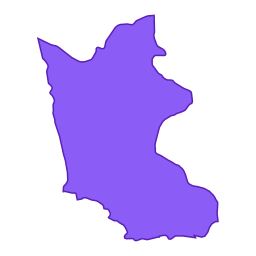 the Province of Krâchéh
{"feature_id": "KHM-1793", "entity_name": "Krâchéh", "entity_type": "Province", "adm_level": 1, "iso_a3": "KHM", "parent_name": "Cambodia", "parent_adm1": "", "projection": "orthographic", "projection_center": [106.195, 12.682], "detail": "fine", "context": "isolated", "style": "filled", "palette": "violet", "viewbox_px": 256, "rotation_deg": 0, "n_neighbors": 0, "source": "natural_earth", "source_scale": "10m", "svg_char_len": 3766}
<svg xmlns="http://www.w3.org/2000/svg" viewBox="0 0 256 256"><path d="M218.0,221.5L215.3,221.7L211.9,223.8L209.5,227.4L207.7,232.3L204.8,236.2L201.7,237.1L194.3,235.4L195.5,237.7L182.6,235.9L175.5,235.9L170.9,239.1L168.9,239.0L168.1,237.9L167.5,236.6L166.2,235.6L164.3,235.3L162.5,235.5L159.0,236.4L159.2,237.0L158.3,237.0L147.9,239.5L146.6,239.6L143.2,238.8L142.2,238.8L141.4,238.9L137.3,240.4L136.2,240.6L135.4,240.6L134.9,240.4L134.5,240.1L134.2,239.8L133.3,238.6L126.3,238.7L124.6,238.0L124.5,237.4L124.5,236.8L124.5,236.3L124.7,235.8L125.0,235.4L125.3,235.0L125.6,234.6L126.0,234.3L126.8,233.5L127.2,232.8L127.4,232.3L127.4,231.8L127.4,231.7L125.0,227.0L124.1,225.7L123.3,224.9L122.8,224.6L121.9,224.2L120.2,223.2L117.5,221.2L116.8,220.8L116.2,220.7L114.3,220.7L113.7,220.5L111.1,219.1L109.5,218.4L108.9,217.9L108.5,217.5L108.7,217.1L109.0,216.7L109.4,216.4L109.9,215.5L110.1,215.0L110.3,214.4L110.3,213.8L110.1,212.9L109.7,211.8L108.6,210.0L107.9,209.3L107.2,209.0L106.5,209.1L106.0,209.1L104.0,208.6L103.3,205.7L103.0,205.2L102.5,204.7L98.6,201.9L96.5,200.8L91.5,199.9L86.9,198.1L85.8,197.8L84.9,197.7L84.2,197.7L83.6,197.8L83.2,197.9L82.0,198.9L81.5,199.0L77.3,199.8L76.0,193.6L75.3,193.0L74.7,193.1L72.0,193.0L64.6,191.3L63.8,191.7L63.2,191.6L63.5,187.0L63.8,186.4L64.2,185.6L64.9,185.1L65.7,184.2L67.1,182.2L67.6,180.7L67.8,179.7L67.4,172.0L65.3,160.2L63.6,154.5L59.6,136.5L55.1,122.9L54.8,119.6L53.0,113.3L53.4,110.3L53.1,105.3L53.4,103.7L53.7,103.2L54.1,102.2L54.3,101.7L54.4,101.1L54.3,100.1L54.0,99.0L53.1,97.0L52.1,95.4L50.3,93.7L50.1,93.2L50.0,92.6L50.3,91.7L50.6,91.1L51.6,89.8L52.0,88.8L52.1,88.3L52.1,87.6L51.8,86.8L51.0,85.6L50.4,85.0L49.9,84.5L49.1,84.0L48.7,83.6L48.4,82.7L46.8,72.3L46.8,71.1L46.9,70.3L47.9,67.7L48.2,66.5L48.0,65.6L47.6,64.5L46.4,62.5L45.1,60.8L43.1,58.8L42.7,58.4L38.0,38.4L50.9,44.7L56.6,46.1L58.5,47.2L71.8,57.6L76.6,60.2L79.9,61.7L81.1,61.9L82.7,61.9L84.9,61.7L90.8,59.8L91.2,59.5L92.0,58.7L93.0,57.3L95.8,52.3L96.2,51.0L96.2,49.0L96.4,48.4L96.8,47.8L97.8,47.4L98.4,47.4L98.9,47.5L99.1,47.6L101.5,48.6L101.9,48.6L102.3,48.7L102.9,48.6L103.4,48.5L103.9,48.3L104.2,48.0L104.5,47.6L104.8,46.9L105.8,41.9L106.1,41.0L115.4,27.4L117.1,26.0L118.0,25.4L119.2,24.9L120.5,24.5L127.3,24.0L131.2,24.7L132.4,24.6L133.3,24.2L134.3,23.3L135.8,21.3L136.6,20.7L137.6,20.2L146.2,16.4L148.6,15.8L154.1,15.4L154.5,32.1L153.8,34.9L153.8,35.6L154.5,38.8L156.6,44.6L158.1,46.5L162.6,49.0L164.1,50.2L164.8,51.2L165.1,51.7L165.4,52.2L165.5,52.8L165.7,53.4L165.7,54.2L165.5,54.8L165.2,55.2L164.7,55.4L164.1,55.5L155.6,55.4L154.9,55.7L154.1,56.3L152.9,57.8L152.4,58.7L152.1,59.5L152.1,60.1L152.2,64.2L152.5,65.2L152.8,65.8L153.5,66.5L158.0,72.8L158.5,73.3L158.8,73.6L159.3,73.9L161.1,74.8L161.6,75.1L162.0,75.6L163.0,77.2L164.0,78.2L165.3,79.0L166.9,79.8L167.3,79.9L167.9,80.0L170.4,80.0L171.0,80.1L172.2,80.3L172.7,80.5L173.1,80.9L175.0,83.0L183.8,88.4L189.2,90.6L190.3,91.3L190.9,91.8L191.2,92.3L191.5,93.4L191.7,95.2L192.4,100.9L192.1,102.8L191.8,103.1L191.4,103.5L191.0,103.7L190.0,104.1L189.2,104.8L188.2,105.9L186.4,108.6L185.4,109.8L184.6,110.5L180.3,112.4L177.2,113.3L174.4,115.0L170.9,115.8L164.9,119.5L162.7,121.7L159.4,127.3L155.6,141.8L154.9,145.6L155.3,148.0L155.3,151.3L155.4,151.9L155.6,152.4L156.1,153.1L156.8,153.7L161.1,155.7L168.2,160.2L170.1,161.1L173.2,162.9L174.3,163.8L175.0,164.1L175.9,164.6L178.0,165.2L178.5,165.5L178.9,165.7L182.6,169.1L183.1,169.8L183.8,170.9L185.4,174.6L187.4,181.3L188.0,182.7L188.5,183.2L189.1,183.9L191.4,185.2L193.8,186.1L197.5,186.6L203.7,188.3L205.7,189.2L207.4,190.3L208.9,191.0L209.4,191.3L209.9,191.8L211.5,193.5L212.5,194.4L213.6,195.6L214.8,197.4L215.5,199.0L217.6,202.3L217.7,203.7L217.1,213.8L217.9,220.5L218.0,221.4L218.0,221.5Z" fill="#8b5cf6" stroke="#5b21b6" stroke-width="1.5"/></svg>